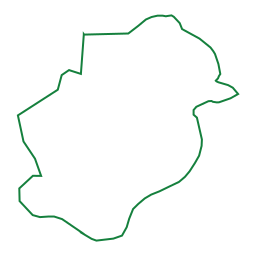 SVG path tracing the border of Flevoland
{"feature_id": "NLD-902", "entity_name": "Flevoland", "entity_type": "Province", "adm_level": 1, "iso_a3": "NLD", "parent_name": "Netherlands", "parent_adm1": "", "projection": "albers", "projection_center": [5.642, 52.551], "detail": "fine", "context": "isolated", "style": "outline", "palette": "green", "viewbox_px": 256, "rotation_deg": 0, "n_neighbors": 0, "source": "natural_earth", "source_scale": "10m", "svg_char_len": 1027}
<svg xmlns="http://www.w3.org/2000/svg" viewBox="0 0 256 256"><path d="M171.5,15.4L173.8,16.8L179.7,23.1L182.1,29.1L199.5,38.6L210.5,47.5L213.3,51.2L215.0,54.0L218.4,64.0L220.3,74.0L218.9,76.1L218.0,78.4L216.3,80.1L215.8,80.7L216.5,81.4L218.5,82.3L228.1,85.1L232.8,87.7L238.1,94.0L230.5,98.3L219.0,102.3L216.8,102.4L212.9,101.8L211.5,101.0L208.4,101.2L196.3,106.8L196.1,107.1L193.6,110.0L193.6,114.7L196.9,117.6L201.9,139.5L201.6,145.9L199.1,155.7L195.0,162.9L189.6,171.3L185.0,176.8L179.0,181.9L170.0,186.2L159.5,191.3L151.2,194.6L144.8,198.4L138.3,203.9L133.1,209.0L129.2,218.7L126.7,227.2L122.0,235.6L113.4,238.6L96.4,240.6L92.3,239.1L91.7,238.9L82.0,233.1L82.4,233.0L62.1,219.1L54.0,216.5L49.0,216.5L40.0,217.1L32.7,215.1L19.6,201.1L19.3,188.4L32.9,175.8L41.1,175.9L35.0,158.7L23.5,141.5L17.9,115.4L57.8,89.7L61.7,75.1L69.0,70.1L80.9,73.9L83.8,34.6L83.8,34.2L84.1,34.6L128.3,33.5L138.2,25.9L145.9,19.5L151.6,17.0L157.4,15.7L162.8,15.7L166.0,16.3L166.7,16.1L171.5,15.4Z" fill="none" stroke="#15803d" stroke-width="2"/></svg>